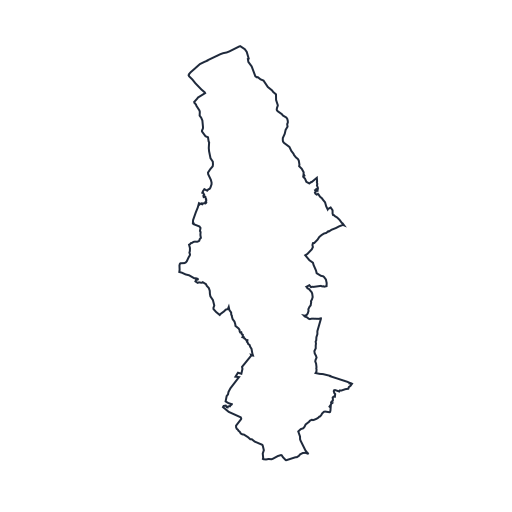 Slivilesti, Gorj, Romania, rotated 222°
{"feature_id": "2599482B46387376395238", "entity_name": "Slivilesti", "entity_type": "district", "adm_level": 2, "iso_a3": "ROU", "parent_name": "Romania", "parent_adm1": "Gorj", "projection": "orthographic", "projection_center": [23.089, 44.793], "detail": "fine", "context": "isolated", "style": "outline", "palette": "slate", "viewbox_px": 512, "rotation_deg": 222, "n_neighbors": 0, "source": "geoboundaries", "source_scale": "gbopen_adm2", "svg_char_len": 6135}
<svg xmlns="http://www.w3.org/2000/svg" viewBox="0 0 512 512"><g transform="rotate(222 256 256)"><path d="M402.7,402.2L408.1,401.4L408.7,400.4L412.7,390.2L414.0,387.6L416.1,384.8L417.5,382.2L423.0,368.9L422.8,368.7L424.2,365.8L426.1,361.1L427.5,349.0L427.5,346.5L427.1,346.0L427.1,345.3L426.0,344.8L421.4,344.6L416.6,343.8L408.0,343.2L403.6,343.3L402.8,343.0L405.2,334.8L405.0,334.0L405.0,329.1L404.4,328.9L404.2,328.6L401.9,328.4L401.0,327.8L395.4,326.3L394.2,325.5L391.8,322.6L389.3,322.1L386.5,320.8L381.5,316.2L380.7,315.1L380.1,313.1L379.5,312.4L373.7,311.2L371.1,312.1L367.8,309.4L366.9,309.1L363.3,304.6L360.9,302.4L355.2,298.2L351.2,297.2L349.2,295.2L348.2,293.7L348.1,290.0L347.5,285.9L346.3,284.8L340.5,282.4L338.1,280.8L337.0,279.5L335.6,276.2L335.4,274.7L336.0,273.8L336.0,271.9L339.1,271.1L338.8,268.8L338.2,267.1L337.4,267.5L335.6,266.9L335.4,265.5L334.3,264.8L333.6,266.1L333.2,266.1L332.7,265.6L331.0,264.9L330.9,264.3L330.0,263.9L329.7,263.4L329.7,262.4L329.0,262.3L329.2,261.9L328.7,261.6L328.8,261.2L329.5,261.1L329.6,260.7L330.7,259.5L330.5,258.5L330.7,258.4L331.0,259.0L331.6,258.8L332.3,257.6L332.4,256.7L333.1,257.2L333.7,257.1L331.7,253.0L330.0,248.3L326.8,240.6L324.8,238.1L324.1,238.5L323.7,237.9L317.8,240.1L316.0,239.7L314.4,237.1L313.2,236.7L311.4,234.4L309.1,232.6L309.1,230.9L308.4,229.4L308.5,228.7L309.2,227.3L311.1,225.7L311.9,224.6L312.3,223.0L313.0,222.0L312.9,220.9L313.3,219.6L310.4,217.7L308.5,215.5L307.7,213.9L306.2,213.1L305.6,212.2L305.2,210.0L303.9,205.7L303.9,204.2L304.4,202.9L307.3,200.0L307.3,199.2L306.6,197.8L303.6,194.7L302.3,192.8L299.9,194.0L296.0,195.2L292.8,196.9L287.2,198.1L285.5,199.0L285.6,199.3L284.1,200.0L283.7,199.9L283.6,199.3L284.6,198.5L284.0,196.6L281.4,197.0L280.7,198.3L278.8,199.5L278.0,200.4L278.0,200.9L274.3,201.6L272.7,200.9L269.6,200.6L267.1,199.2L264.9,197.0L262.9,195.5L258.5,194.4L253.9,191.3L252.9,188.9L252.0,188.1L248.2,187.7L243.5,187.9L243.6,189.1L242.7,193.5L242.6,195.9L241.4,197.7L242.2,199.9L239.6,198.0L236.7,197.4L235.1,195.8L234.0,195.5L233.3,194.8L231.0,193.4L228.2,192.9L225.7,191.4L224.5,190.3L220.4,190.5L218.9,190.1L217.6,189.0L216.5,188.6L216.0,188.9L215.8,189.4L214.5,188.5L213.1,188.6L212.9,188.1L211.6,187.6L211.8,187.1L211.5,186.9L211.5,186.7L210.7,187.1L210.6,187.4L209.6,186.9L208.8,187.2L207.8,187.0L206.7,187.0L206.1,187.7L205.6,187.2L205.4,186.2L204.3,186.1L202.9,185.4L201.2,185.6L199.7,184.7L197.2,184.0L193.5,181.1L191.6,180.0L192.6,179.3L193.4,179.1L192.9,178.8L192.2,164.3L190.5,163.0L188.1,158.7L191.3,157.2L190.5,152.6L187.6,154.6L186.5,140.6L185.5,136.6L184.2,134.4L184.1,132.3L181.3,127.6L178.1,128.2L174.8,129.7L174.7,129.5L175.0,127.8L174.8,126.9L175.2,126.7L176.2,125.2L175.8,124.5L176.6,124.1L178.4,124.6L179.7,122.9L179.4,121.6L172.0,121.9L159.4,125.9L158.3,125.4L157.9,124.8L157.3,116.6L156.2,115.4L154.7,114.7L153.3,114.8L152.1,114.4L150.5,114.5L148.6,113.9L146.8,114.3L145.5,115.2L140.7,116.0L137.6,116.0L136.5,117.0L132.8,117.2L124.9,119.9L123.8,119.4L120.2,116.9L118.8,113.7L115.7,110.9L115.1,109.8L114.4,110.0L112.4,111.5L110.8,113.6L108.5,115.3L107.8,116.6L105.9,122.0L104.2,124.8L103.6,125.1L101.3,124.5L97.3,124.2L96.8,124.6L92.1,132.7L91.0,133.9L90.4,136.2L90.5,138.1L89.4,140.9L87.6,142.8L84.5,144.1L86.3,144.1L89.2,144.6L99.3,148.6L100.6,149.3L102.5,151.3L107.2,153.9L106.9,157.3L105.6,159.6L105.7,161.7L106.4,164.0L105.6,168.5L105.8,169.5L104.9,171.7L103.9,172.1L103.3,173.0L102.1,175.5L101.5,177.6L101.5,178.9L101.0,179.7L101.1,181.8L101.5,183.1L101.3,185.7L100.5,186.7L96.8,189.1L96.6,189.7L97.3,191.0L100.1,194.6L100.5,192.4L100.9,195.7L101.2,196.4L101.0,197.6L101.9,197.2L102.2,197.4L102.4,198.5L102.1,199.9L103.2,201.2L104.3,202.1L104.3,203.4L103.2,204.2L104.8,206.4L106.0,206.5L107.8,207.6L108.1,208.6L107.5,209.3L103.5,211.0L103.8,212.1L102.5,213.2L100.5,216.8L98.6,219.1L99.3,220.7L98.9,222.7L99.2,225.3L100.5,224.9L100.7,224.2L101.2,223.9L101.5,224.4L104.0,223.6L120.4,216.3L120.6,216.6L127.3,213.0L129.8,211.0L133.4,208.9L133.8,210.6L135.2,212.3L135.8,212.6L136.7,213.9L139.3,216.2L141.4,217.3L142.2,218.6L143.0,221.0L144.7,222.0L147.2,222.9L149.0,224.4L149.8,227.3L151.7,229.4L152.8,231.0L154.4,232.3L154.8,233.6L156.8,236.1L158.1,239.0L160.1,241.2L165.8,252.9L166.1,253.1L167.3,251.3L172.6,246.8L173.8,245.1L175.0,244.6L176.8,244.6L179.3,243.7L180.5,243.8L179.8,244.2L178.9,246.1L179.1,247.9L180.2,250.3L181.5,251.5L182.3,254.2L182.3,255.8L184.1,258.6L184.9,259.2L185.4,261.3L186.4,263.4L189.0,265.6L190.3,266.3L194.6,266.9L196.2,266.4L197.1,266.9L197.9,266.9L196.8,270.0L194.3,269.6L193.7,270.7L192.6,271.5L187.8,277.2L186.4,277.7L185.7,278.6L184.8,278.8L183.4,280.8L185.4,283.2L188.3,285.3L191.3,285.9L192.4,285.9L194.6,284.7L199.4,283.8L201.6,285.3L207.1,287.8L209.2,289.1L213.5,288.6L219.9,289.5L219.2,291.8L219.0,298.3L219.7,300.7L221.4,301.9L222.3,303.7L221.4,304.6L221.2,309.3L221.7,312.4L221.3,315.4L220.5,318.2L219.2,320.2L218.9,322.7L218.3,322.8L217.4,326.1L215.3,330.3L214.1,333.6L212.2,337.3L211.1,337.7L213.5,338.2L214.4,338.0L218.2,338.8L221.6,338.9L224.0,338.4L225.4,338.5L226.1,338.0L227.4,338.7L229.7,341.2L233.0,342.0L234.0,339.0L233.9,338.6L237.1,339.9L240.6,342.1L244.6,342.7L245.2,343.0L248.2,342.9L250.8,343.6L251.5,343.6L251.5,343.2L252.0,342.2L253.6,342.1L254.6,342.5L254.6,343.8L256.1,344.4L255.8,345.0L256.0,346.1L255.4,346.6L254.6,345.6L254.0,345.7L255.4,347.9L258.0,349.3L258.6,350.5L260.3,351.7L260.5,352.3L263.1,354.8L264.1,348.1L264.5,347.9L264.9,345.6L268.2,344.8L271.4,346.3L273.7,346.4L274.2,346.8L273.8,348.1L274.8,348.5L275.0,348.1L276.6,350.1L280.3,351.4L284.0,351.6L284.9,353.0L288.0,355.5L289.7,356.1L292.4,356.0L295.4,356.5L296.6,357.1L300.0,357.7L304.1,359.4L310.9,358.8L312.5,359.1L313.6,360.0L315.0,361.6L316.4,366.0L318.4,369.6L319.1,373.2L321.1,374.9L321.6,376.4L322.7,377.6L324.5,378.8L326.1,379.2L330.0,378.4L331.7,378.7L336.8,378.1L338.0,378.3L338.7,378.8L339.6,380.3L340.4,382.3L340.8,382.7L345.5,385.4L349.3,389.5L353.0,389.4L354.9,389.8L360.3,389.5L367.8,391.4L370.9,390.3L374.4,390.1L374.8,389.4L376.7,389.1L386.1,394.0L391.5,395.1L393.9,397.0L393.5,397.8L399.5,401.5L402.7,402.2Z" fill="none" stroke="#1e293b" stroke-width="2"/></g></svg>